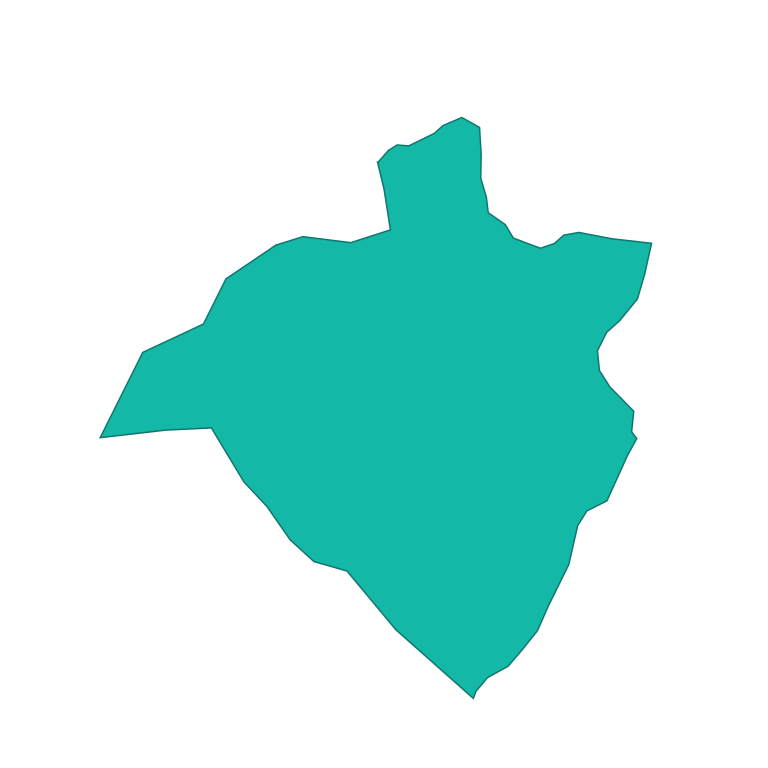 outline of Vänersborg, Västra Götaland, Sweden, rotated 196°
{"feature_id": "70781695B41562985263566", "entity_name": "Vänersborg", "entity_type": "district", "adm_level": 2, "iso_a3": "SWE", "parent_name": "Sweden", "parent_adm1": "Västra Götaland", "projection": "albers", "projection_center": [12.351, 58.463], "detail": "fine", "context": "isolated", "style": "filled", "palette": "teal", "viewbox_px": 768, "rotation_deg": 196, "n_neighbors": 0, "source": "geoboundaries", "source_scale": "gbopen_adm2", "svg_char_len": 927}
<svg xmlns="http://www.w3.org/2000/svg" viewBox="0 0 768 768"><g transform="rotate(196 384 384)"><path d="M165.6,593.0L205.1,586.4L238.5,583.4L252.2,576.6L259.0,566.0L271.1,557.6L299.9,559.9L311.3,570.6L331.0,577.4L337.1,591.8L347.7,608.5L353.8,631.2L362.9,657.0L382.7,661.6L398.6,648.6L404.7,638.8L425.9,619.7L437.3,617.4L444.1,609.8L450.9,595.4L451.3,595.4L437.7,571.4L420.3,533.9L454.9,510.7L502.5,503.3L526.1,487.8L563.3,443.4L564.9,441.5L574.1,391.9L624.6,347.9L642.0,254.2L580.9,279.6L537.8,294.2L491.6,251.2L462.8,234.0L431.2,208.3L402.4,194.0L368.0,194.0L304.8,151.0L211.5,106.4L210.9,113.9L203.5,130.4L186.9,146.9L177.7,167.1L168.5,189.1L164.7,216.7L156.6,261.4L158.8,301.4L154.0,317.9L137.5,333.2L130.2,382.7L126.0,401.2L132.8,406.3L136.4,426.6L149.3,434.0L165.9,443.3L180.6,456.3L188.0,474.8L184.2,495.1L174.9,509.8L163.8,535.7L163.7,561.6L165.6,593.0Z" fill="#14b8a6" stroke="#0f766e" stroke-width="1.5"/></g></svg>